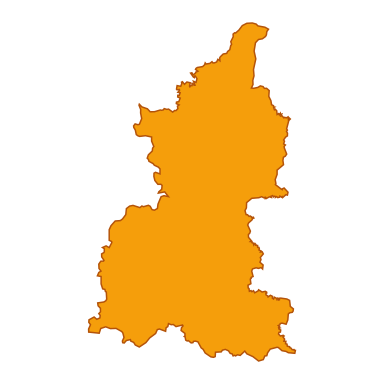 the district of Khao Kho, Phetchabun, Thailand
{"feature_id": "78962969B71120844941830", "entity_name": "Khao Kho", "entity_type": "district", "adm_level": 2, "iso_a3": "THA", "parent_name": "Thailand", "parent_adm1": "Phetchabun", "projection": "mercator", "projection_center": [101.026, 16.687], "detail": "fine", "context": "isolated", "style": "filled", "palette": "amber", "viewbox_px": 384, "rotation_deg": 0, "n_neighbors": 0, "source": "geoboundaries", "source_scale": "gbopen_adm2", "svg_char_len": 6018}
<svg xmlns="http://www.w3.org/2000/svg" viewBox="0 0 384 384"><path d="M264.9,27.2L257.9,25.9L256.2,24.1L252.3,23.0L246.8,23.3L242.3,25.6L238.9,30.1L235.6,33.0L234.6,32.8L233.1,34.1L233.2,36.8L230.8,41.7L231.6,44.3L230.7,45.7L229.8,49.7L227.6,51.5L226.7,53.4L223.2,54.0L220.4,56.7L219.7,57.9L219.9,60.8L217.9,59.3L216.6,62.0L214.3,62.9L212.9,62.9L212.0,61.7L209.8,63.4L206.1,64.0L205.2,62.9L204.6,64.8L202.6,66.6L197.3,67.5L196.0,68.4L195.5,69.4L197.9,71.2L195.7,72.2L195.5,73.1L193.5,74.6L192.8,74.5L191.9,72.8L190.6,73.1L193.3,77.0L194.3,77.6L194.5,76.1L195.2,75.9L197.0,78.7L196.0,82.4L193.5,81.3L195.0,85.2L194.1,85.3L193.4,83.9L192.5,84.1L191.9,82.7L192.1,85.6L190.8,85.7L189.9,86.8L189.5,86.1L190.3,82.8L186.9,82.0L184.5,84.3L182.4,81.7L181.5,82.2L181.8,83.4L180.7,86.3L177.1,85.6L176.5,89.2L177.0,89.8L179.4,89.5L179.5,90.4L177.9,92.3L180.1,92.7L179.3,95.3L177.8,95.3L177.7,97.0L180.2,98.1L178.8,101.6L176.5,102.1L176.3,103.6L179.1,104.9L177.4,106.2L177.9,108.6L176.0,110.6L174.6,110.5L172.7,112.1L168.6,109.1L166.8,109.4L164.2,108.6L163.4,109.8L161.7,110.3L160.3,110.0L154.6,111.7L150.2,111.8L147.4,108.8L141.9,106.9L139.3,104.2L139.0,105.2L140.7,109.5L140.6,113.0L141.7,118.6L139.4,124.3L137.9,124.7L135.1,123.9L133.6,125.9L133.8,127.5L135.3,130.0L136.3,134.6L137.9,135.8L139.6,136.4L145.5,135.7L151.6,137.0L151.6,141.1L153.8,146.5L152.6,148.2L152.3,151.0L148.4,154.8L147.2,158.2L148.4,159.4L149.0,161.4L153.1,163.6L154.3,165.2L158.3,167.1L160.0,168.9L160.0,173.9L155.5,172.3L154.0,173.2L153.9,176.5L154.9,180.6L157.9,184.3L160.9,184.3L162.1,185.4L161.7,189.3L158.8,191.8L158.3,193.1L164.7,191.9L168.4,196.6L164.0,195.7L161.1,196.7L158.0,204.1L157.4,208.5L154.4,210.2L152.0,209.6L150.2,206.3L148.4,205.3L143.5,206.7L141.9,206.0L139.9,207.6L133.0,205.4L129.6,206.1L126.4,208.6L125.8,214.6L122.5,219.0L120.3,220.6L115.2,221.0L111.0,225.7L109.2,229.7L109.2,240.3L111.6,241.5L111.8,242.6L109.2,247.6L106.1,245.9L102.5,247.5L104.3,248.7L104.3,251.6L104.0,252.5L101.6,253.9L101.7,256.9L104.0,260.4L103.5,261.1L100.8,261.2L98.8,264.1L99.0,268.5L101.0,271.1L98.8,272.5L97.4,275.8L101.1,276.5L101.1,283.9L102.7,288.9L104.9,289.4L105.4,291.5L106.3,292.0L106.7,299.2L105.8,300.8L103.8,302.0L97.7,302.9L98.1,305.8L100.4,308.2L100.5,311.8L98.8,313.6L100.2,315.4L99.9,317.9L96.8,319.3L94.1,317.0L89.0,319.8L88.8,322.3L90.5,324.7L88.6,329.0L88.7,332.1L99.2,333.2L100.7,328.5L105.7,326.8L110.4,328.6L116.1,328.4L121.7,331.5L122.8,332.9L124.0,337.4L122.4,341.0L122.7,342.7L124.2,343.0L126.4,340.5L130.4,339.6L130.8,341.1L133.7,342.4L135.3,345.0L139.3,347.0L145.9,342.6L149.7,337.9L155.6,333.5L157.3,329.6L159.4,329.0L165.6,331.3L166.1,327.7L167.8,326.6L168.5,323.6L171.2,324.7L173.3,324.5L176.0,326.6L182.5,325.0L183.0,325.9L181.5,327.7L181.1,330.5L184.9,333.4L185.0,335.8L184.3,336.5L185.1,336.8L185.7,340.1L187.2,341.0L188.3,340.6L191.1,342.9L192.9,342.7L193.5,341.4L195.3,341.1L197.9,341.8L201.2,347.9L203.1,349.3L205.2,353.0L210.9,356.9L213.6,357.3L215.2,356.6L215.5,352.2L221.2,351.9L222.4,350.2L225.3,349.4L228.5,350.8L230.2,353.4L232.2,353.9L233.1,355.9L234.7,355.3L235.6,355.9L237.5,354.8L240.2,355.4L244.8,351.1L246.8,353.8L252.9,356.6L258.6,361.0L263.3,359.6L264.8,356.0L266.8,355.7L267.6,352.8L270.2,349.1L277.0,347.3L278.3,347.5L282.0,350.7L286.0,351.4L288.3,352.7L294.8,353.3L295.4,350.4L294.2,350.3L294.1,349.6L292.2,349.7L290.9,348.0L289.7,347.6L289.6,346.7L287.3,346.2L287.0,344.1L285.5,343.7L285.9,341.3L283.9,341.2L284.6,339.1L283.0,337.0L284.1,336.0L283.2,335.3L280.4,336.0L278.5,334.0L278.9,332.4L280.4,332.1L280.7,330.0L278.9,329.0L278.8,328.3L279.9,327.9L278.8,327.3L279.5,326.6L278.3,325.5L279.8,324.9L280.2,323.6L282.0,323.1L286.1,324.2L287.8,320.0L288.3,314.0L289.6,312.8L292.3,312.3L293.1,311.1L293.4,308.9L290.3,306.4L289.6,300.4L286.9,299.0L280.8,298.1L279.6,298.2L279.4,299.8L278.5,300.0L278.6,298.4L277.6,298.1L276.9,299.4L276.4,298.2L274.4,297.2L273.5,299.0L272.3,298.1L272.6,296.4L270.4,295.3L268.1,296.9L267.9,296.1L266.0,294.8L265.8,293.3L266.7,293.1L266.7,292.2L265.3,291.3L262.1,292.0L258.6,289.8L258.2,290.8L254.7,292.8L253.5,290.7L251.9,291.7L251.0,290.6L249.4,291.3L249.0,288.5L248.2,288.0L248.0,285.2L250.9,283.7L250.3,279.1L251.2,278.3L251.1,277.4L253.1,276.5L251.7,271.1L252.5,268.9L256.1,267.8L258.5,268.4L261.1,267.6L262.6,269.0L263.1,265.0L259.9,262.2L261.0,259.6L260.3,257.5L263.3,253.9L262.2,251.8L260.5,252.0L261.1,251.0L259.0,250.0L259.3,248.5L258.9,247.4L257.7,247.4L257.6,245.5L255.8,245.3L255.9,244.5L254.9,243.4L253.8,245.0L253.2,243.0L252.0,242.7L252.0,241.6L250.4,241.5L251.3,240.7L248.5,237.3L248.4,234.5L249.7,233.3L250.4,231.1L247.7,225.0L248.6,222.9L251.9,220.0L252.8,218.3L253.8,218.1L253.4,217.2L251.5,217.6L251.4,216.8L250.2,216.0L249.1,216.4L247.5,214.7L246.1,214.6L245.0,210.6L246.4,207.9L246.6,202.6L251.8,198.3L258.9,197.7L261.6,196.7L263.9,197.8L265.0,197.3L265.1,198.3L265.8,197.8L266.1,198.6L269.5,196.8L271.3,197.4L270.9,196.3L272.6,195.6L273.3,197.0L274.3,196.2L275.4,196.5L275.4,197.4L276.6,196.6L277.7,197.6L279.5,197.2L279.9,196.1L281.5,197.2L282.1,196.6L282.6,197.6L285.9,194.7L287.4,195.1L288.0,192.2L284.1,188.0L282.2,188.9L282.2,189.6L281.5,189.3L275.4,184.6L275.9,183.5L275.2,179.6L277.1,174.4L277.1,170.1L283.5,164.7L282.9,160.5L283.4,157.3L285.3,156.2L286.7,154.1L284.3,147.9L284.1,146.4L285.4,145.0L283.6,143.9L284.5,141.2L283.6,140.0L285.6,137.1L287.4,135.9L287.5,133.2L286.5,131.4L287.4,130.1L286.6,128.9L288.8,120.5L290.3,119.0L288.8,117.6L288.4,118.3L289.1,119.2L288.4,119.7L288.0,116.9L286.2,117.9L284.7,117.3L283.9,117.9L282.0,115.8L280.9,116.0L281.7,114.1L280.5,114.5L280.3,113.3L279.3,114.8L278.6,113.6L277.1,114.5L276.7,110.7L275.1,109.1L274.4,109.7L273.7,107.7L274.6,107.1L273.6,106.9L273.5,105.7L271.6,104.7L270.9,100.7L268.8,96.4L269.2,90.6L266.6,88.3L264.4,88.4L263.1,86.6L260.3,85.9L257.9,87.4L253.7,88.3L251.4,88.0L253.0,84.5L252.8,80.3L254.0,75.9L253.5,69.5L255.8,58.9L254.1,51.1L255.5,42.7L258.5,39.5L262.4,38.8L265.5,36.5L266.4,34.9L266.8,31.6L268.5,29.2L264.9,27.2Z" fill="#f59e0b" stroke="#b45309" stroke-width="1.5"/></svg>